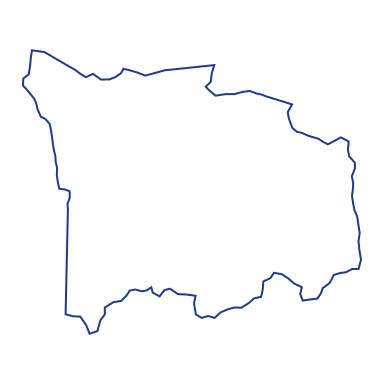 Ibicaraí, Bahia, Brazil (Mercator projection)
{"feature_id": "56859067B48342412707100", "entity_name": "Ibicaraí", "entity_type": "district", "adm_level": 2, "iso_a3": "BRA", "parent_name": "Brazil", "parent_adm1": "Bahia", "projection": "mercator", "projection_center": [-39.566, -14.85], "detail": "fine", "context": "isolated", "style": "outline", "palette": "blue", "viewbox_px": 384, "rotation_deg": 0, "n_neighbors": 0, "source": "geoboundaries", "source_scale": "gbopen_adm2", "svg_char_len": 1776}
<svg xmlns="http://www.w3.org/2000/svg" viewBox="0 0 384 384"><path d="M32.0,50.3L30.8,57.8L30.2,64.8L28.8,74.3L23.3,78.5L23.0,85.6L26.6,89.4L34.3,98.8L36.4,103.9L37.5,109.2L40.8,116.6L45.6,119.2L49.7,124.1L51.0,130.1L52.1,137.5L53.0,144.6L54.0,150.6L55.4,156.3L55.7,161.9L57.1,167.9L56.8,175.3L58.0,183.0L59.3,188.8L64.3,189.3L69.6,191.2L69.8,197.5L67.5,204.1L67.9,209.3L65.6,314.3L73.1,316.3L80.3,316.6L86.3,325.4L89.6,333.7L97.4,331.1L100.4,320.3L104.8,314.4L104.8,307.5L113.2,302.3L121.3,300.8L126.4,295.7L129.7,290.6L135.3,289.5L141.9,291.3L146.8,290.4L151.3,287.3L152.7,292.6L159.6,296.4L164.5,290.1L170.0,288.7L177.9,294.1L187.3,294.6L195.6,295.8L194.0,303.5L195.9,314.4L201.6,317.9L208.2,316.0L214.6,317.9L220.6,312.4L227.6,309.4L234.4,307.5L241.3,307.7L249.2,302.8L254.1,298.3L261.1,296.9L262.7,289.8L263.3,281.5L270.4,278.1L274.0,272.8L281.7,274.2L288.6,278.7L294.1,283.5L301.8,287.2L300.2,294.1L302.8,300.6L309.8,299.5L317.4,298.6L320.9,293.3L322.8,288.1L329.6,283.0L334.0,274.8L340.3,273.0L346.2,272.2L352.0,269.0L358.5,269.0L361.0,259.9L359.4,249.9L358.5,241.3L359.7,232.9L358.5,225.4L357.1,216.1L354.3,209.8L353.0,202.4L352.0,196.1L353.0,188.2L353.2,182.7L351.8,176.4L355.0,168.2L354.8,162.6L349.2,156.3L348.0,150.0L348.6,141.4L340.9,137.4L334.6,140.8L327.9,144.3L322.8,141.7L318.6,138.8L313.7,137.4L307.3,135.4L302.3,133.0L296.8,131.7L292.4,127.9L288.9,118.6L287.7,112.1L292.1,104.4L266.6,96.5L261.3,94.5L256.4,93.4L249.7,91.0L242.6,91.9L234.4,94.1L225.6,94.1L215.6,95.7L209.6,90.7L205.7,86.8L210.7,81.9L211.8,73.1L214.3,65.1L189.8,67.7L164.7,70.3L145.4,75.6L136.6,72.3L129.0,70.1L123.5,68.8L121.0,73.2L115.5,77.0L109.4,79.4L101.1,79.6L93.0,73.9L85.8,77.2L80.5,73.9L75.3,70.0L57.4,59.7L44.5,52.1L32.0,50.3Z" fill="none" stroke="#1e3a8a" stroke-width="2"/></svg>